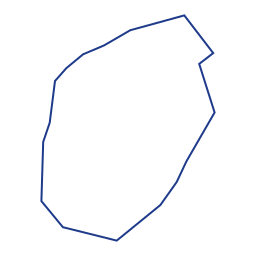 outline of Juršinci
{"feature_id": "SVN-1042", "entity_name": "Juršinci", "entity_type": "Municipality", "adm_level": 1, "iso_a3": "SVN", "parent_name": "Slovenia", "parent_adm1": "", "projection": "equal_earth", "projection_center": [15.978, 46.485], "detail": "fine", "context": "isolated", "style": "outline", "palette": "blue", "viewbox_px": 256, "rotation_deg": 0, "n_neighbors": 0, "source": "natural_earth", "source_scale": "10m", "svg_char_len": 327}
<svg xmlns="http://www.w3.org/2000/svg" viewBox="0 0 256 256"><path d="M49.7,122.8L55.0,81.0L66.4,68.1L83.1,54.3L103.9,45.5L130.3,30.2L184.3,15.4L213.2,53.1L199.2,63.9L214.6,112.5L186.4,161.4L176.7,182.0L160.4,205.0L116.7,240.6L62.9,227.2L41.4,201.1L43.2,141.9L49.7,122.8Z" fill="none" stroke="#1e3a8a" stroke-width="2"/></svg>